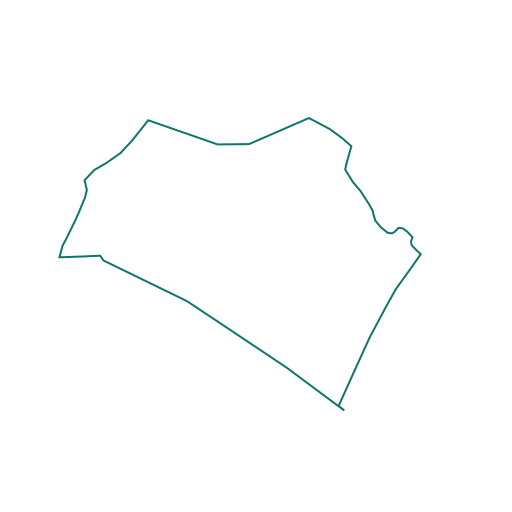 the district of Nyala Shimal, Southern Darfur, Sudan, rotated 137°
{"feature_id": "16777658B77538778882228", "entity_name": "Nyala Shimal", "entity_type": "district", "adm_level": 2, "iso_a3": "SDN", "parent_name": "Sudan", "parent_adm1": "Southern Darfur", "projection": "albers", "projection_center": [24.663, 12.429], "detail": "fine", "context": "isolated", "style": "outline", "palette": "teal", "viewbox_px": 512, "rotation_deg": 137, "n_neighbors": 0, "source": "geoboundaries", "source_scale": "gbopen_adm2", "svg_char_len": 932}
<svg xmlns="http://www.w3.org/2000/svg" viewBox="0 0 512 512"><g transform="rotate(137 256 256)"><path d="M242.3,428.8L247.3,428.0L267.9,424.9L284.8,423.7L302.2,426.1L315.5,429.2L329.8,428.3L334.6,419.7L341.3,415.3L356.3,408.5L363.3,405.5L383.2,397.9L390.4,395.5L400.6,389.1L397.8,386.6L381.3,372.3L374.3,366.4L369.8,362.5L370.6,356.7L337.3,270.1L332.2,248.7L328.6,233.6L309.7,153.3L296.8,82.8L297.8,90.0L264.4,104.0L228.2,119.0L195.8,130.1L176.5,136.4L152.6,141.1L134.2,145.0L134.7,150.6L134.8,157.6L132.9,160.8L130.6,162.0L128.8,163.0L128.8,170.7L129.8,176.1L132.7,179.4L136.0,179.2L138.8,179.2L141.3,180.0L143.9,183.2L145.1,192.0L144.8,197.0L144.6,200.6L143.2,203.3L141.2,207.3L139.7,209.9L138.2,215.9L135.3,231.9L134.7,244.1L131.8,258.4L130.1,259.6L127.5,261.5L111.4,271.2L112.5,283.0L115.5,298.5L123.2,320.8L184.8,342.6L208.0,363.8L212.0,371.4L236.8,418.4L242.3,428.8Z" fill="none" stroke="#0f766e" stroke-width="2"/></g></svg>